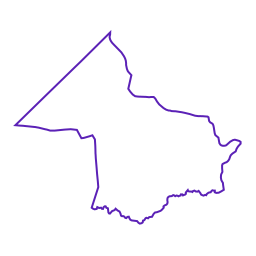 Pio IX, Piauí, Brazil
{"feature_id": "56859067B46069021860817", "entity_name": "Pio IX", "entity_type": "district", "adm_level": 2, "iso_a3": "BRA", "parent_name": "Brazil", "parent_adm1": "Piauí", "projection": "natural_earth1", "projection_center": [-40.649, -6.764], "detail": "fine", "context": "isolated", "style": "outline", "palette": "violet", "viewbox_px": 256, "rotation_deg": 0, "n_neighbors": 0, "source": "geoboundaries", "source_scale": "gbopen_adm2", "svg_char_len": 2953}
<svg xmlns="http://www.w3.org/2000/svg" viewBox="0 0 256 256"><path d="M91.7,207.7L93.2,208.8L94.6,209.3L95.8,209.1L96.7,208.9L97.3,207.1L99.1,208.0L101.1,207.7L101.9,208.8L103.0,208.9L103.6,207.2L104.7,206.3L105.6,206.3L106.4,207.8L107.9,208.3L108.4,212.4L109.0,213.4L109.9,213.6L112.2,211.0L113.7,210.5L114.8,209.9L115.6,208.7L117.6,210.5L119.5,211.5L120.5,213.6L121.0,215.6L122.0,216.2L123.1,216.1L124.3,216.6L125.3,217.9L126.3,218.1L127.4,216.9L128.8,216.7L129.3,218.0L130.3,219.7L131.6,220.4L137.1,221.1L138.5,222.8L139.8,223.6L141.6,223.2L142.7,222.4L143.0,220.6L144.3,220.2L145.5,218.3L146.3,217.8L148.1,218.3L149.2,217.1L151.0,216.9L152.0,216.8L153.7,213.8L155.0,212.5L156.9,212.2L160.4,210.9L161.3,210.3L162.4,209.2L163.7,207.7L163.5,206.4L164.5,205.5L166.4,204.7L167.3,203.6L167.6,202.1L167.3,200.1L167.5,198.2L168.0,197.3L169.4,196.3L171.8,196.1L173.2,195.1L174.2,195.4L175.2,196.2L176.5,195.5L177.4,195.7L178.6,196.3L179.3,195.8L180.6,195.5L180.9,194.4L182.4,194.4L183.0,195.4L184.0,194.9L184.9,194.7L185.9,193.8L185.8,192.5L186.6,191.5L187.8,190.1L188.2,191.2L189.6,191.5L191.4,191.5L192.4,192.0L193.1,191.0L194.5,190.6L195.8,191.5L197.5,191.6L198.6,190.9L200.4,193.2L201.1,194.6L202.3,195.2L203.6,195.6L205.0,194.9L206.2,195.2L206.8,194.0L208.5,192.7L209.6,192.4L210.6,192.3L211.7,190.8L212.4,190.3L213.6,190.6L214.8,190.6L214.8,192.3L216.3,192.9L218.7,192.7L221.0,191.5L223.8,189.8L223.1,185.0L222.9,182.9L221.9,181.2L221.3,180.0L220.9,177.6L221.0,175.4L221.2,174.3L222.4,171.9L222.1,168.1L222.1,165.3L222.6,164.0L225.1,162.7L226.6,162.2L228.1,160.9L229.2,159.3L230.2,156.4L230.8,155.2L232.4,153.6L235.7,151.4L236.5,149.0L237.2,147.8L238.1,146.4L240.6,143.7L240.6,141.9L239.4,141.0L237.1,140.3L234.9,139.7L233.0,140.1L230.2,141.7L226.2,145.3L224.9,145.7L222.9,145.8L221.4,145.4L220.4,144.7L219.4,143.2L218.4,137.6L216.4,136.0L215.3,135.0L214.7,133.2L213.8,127.5L213.4,125.6L212.9,124.3L212.3,123.6L210.1,122.3L209.1,120.9L208.5,117.3L207.6,116.6L202.7,116.2L198.0,116.1L195.0,115.7L189.9,114.1L184.9,112.9L181.6,112.2L180.2,112.0L175.7,111.3L171.7,111.1L169.8,110.5L168.6,110.5L166.2,109.7L164.2,108.5L163.3,107.9L159.2,104.4L157.0,101.5L155.3,98.6L153.7,97.0L151.0,97.0L149.1,97.2L146.0,96.9L138.1,96.6L135.1,96.2L132.7,94.5L130.1,91.5L128.3,88.8L131.1,76.4L131.4,75.2L128.3,71.8L127.7,70.9L126.9,68.8L126.1,65.0L126.1,63.1L125.8,60.7L125.1,58.5L124.0,56.3L121.4,52.4L114.1,44.9L112.2,42.9L111.2,41.5L110.6,40.5L110.1,39.4L109.6,37.3L109.7,36.2L110.1,34.6L110.2,32.4L80.6,61.7L75.2,66.9L46.3,95.0L15.4,125.2L19.9,125.6L23.3,125.8L24.9,126.0L28.9,126.4L35.7,127.1L36.6,127.3L38.4,127.6L39.3,127.8L44.9,129.2L46.9,129.6L50.2,130.6L54.7,130.6L64.7,129.6L69.3,129.3L70.7,129.2L76.9,129.9L80.9,137.3L81.4,138.2L83.3,138.0L84.2,137.8L89.4,136.3L92.4,135.3L94.9,139.4L95.3,145.9L95.4,148.9L95.5,153.5L95.6,154.6L95.8,158.3L96.6,167.7L97.1,174.1L97.8,181.1L98.3,187.1L95.0,197.4L91.7,207.7Z" fill="none" stroke="#5b21b6" stroke-width="2"/></svg>